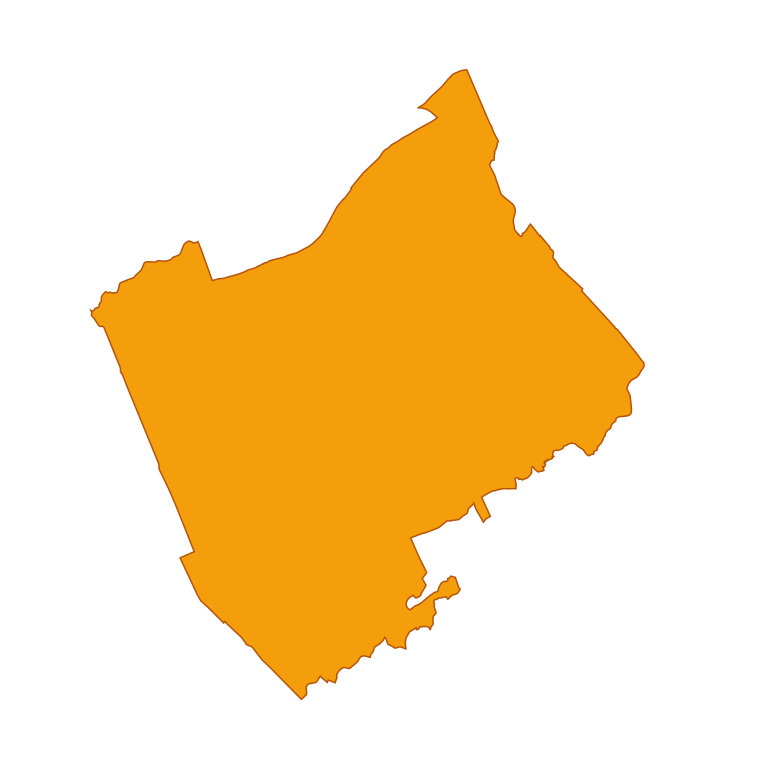 Optasi-Magura, Olt, Romania, rotated 70°
{"feature_id": "2599482B31231477930356", "entity_name": "Optasi-Magura", "entity_type": "district", "adm_level": 2, "iso_a3": "ROU", "parent_name": "Romania", "parent_adm1": "Olt", "projection": "natural_earth1", "projection_center": [24.65, 44.581], "detail": "fine", "context": "isolated", "style": "filled", "palette": "amber", "viewbox_px": 768, "rotation_deg": 70, "n_neighbors": 0, "source": "geoboundaries", "source_scale": "gbopen_adm2", "svg_char_len": 6170}
<svg xmlns="http://www.w3.org/2000/svg" viewBox="0 0 768 768"><g transform="rotate(70 384 384)"><path d="M636.1,490.4L634.1,489.3L631.8,485.9L628.1,482.8L627.3,480.1L626.8,477.3L626.1,475.4L624.4,472.1L622.3,470.0L623.7,469.3L629.8,469.4L633.6,465.8L635.6,464.4L636.2,463.2L636.2,460.4L636.6,458.5L640.4,454.0L634.2,452.5L630.2,450.1L625.7,444.9L624.0,437.2L624.5,437.0L625.8,437.6L626.1,437.2L626.1,435.3L625.1,434.3L624.7,432.2L626.7,426.2L628.2,425.0L630.5,424.7L630.1,423.9L628.8,423.4L626.7,420.3L625.9,419.8L620.3,418.0L619.0,416.8L617.1,413.6L616.3,413.2L610.2,413.0L607.8,411.8L605.2,411.6L604.5,411.0L604.1,409.3L604.5,408.1L603.8,406.0L604.8,402.0L604.9,398.7L608.1,397.6L606.4,394.0L605.7,391.3L606.0,389.2L605.9,386.8L603.7,383.3L602.5,382.6L601.2,383.4L590.0,383.1L589.2,384.6L587.7,386.2L587.5,387.1L588.7,389.2L588.6,390.7L590.0,390.8L590.7,392.1L590.9,393.4L590.1,394.7L590.0,395.6L590.3,397.2L591.2,399.0L594.3,402.3L596.6,403.9L597.3,405.3L597.1,408.3L597.8,410.1L598.5,413.3L602.5,424.1L602.7,425.7L603.1,426.8L603.2,431.1L604.5,434.4L604.4,434.9L605.0,436.0L604.8,436.0L604.6,437.1L604.3,437.6L603.3,438.2L601.1,438.8L599.2,438.8L597.0,437.7L595.0,435.9L594.4,435.0L593.1,432.5L593.0,430.8L592.5,429.1L593.0,428.7L595.3,427.9L595.9,427.3L596.1,425.9L595.7,422.8L595.1,421.7L593.4,420.5L588.8,414.7L587.3,413.3L580.6,414.5L579.7,414.4L576.6,409.4L575.5,408.4L557.3,410.4L537.7,411.6L537.5,400.9L538.0,395.3L537.8,383.8L537.6,381.5L537.1,379.9L534.3,371.8L534.3,371.1L535.5,367.8L535.8,364.7L536.4,363.4L536.4,362.0L537.0,360.9L536.5,358.7L535.0,355.2L534.5,351.8L533.9,350.4L533.3,349.6L529.8,346.8L527.7,342.0L526.6,340.2L531.3,340.5L535.7,340.0L545.5,338.2L546.5,338.3L547.8,337.8L545.5,334.1L544.8,329.3L523.9,331.0L522.9,327.4L521.7,319.9L522.3,314.7L522.4,312.1L523.4,306.8L525.3,302.4L526.4,298.5L527.5,295.9L525.2,295.2L525.3,294.9L525.0,294.5L518.2,293.3L517.6,292.8L517.5,291.7L518.0,290.2L518.3,289.9L519.7,290.0L519.9,288.2L521.6,286.6L521.3,284.6L521.3,281.4L520.5,279.6L518.5,276.2L517.4,275.4L513.6,274.1L512.8,273.3L512.6,272.7L513.1,272.2L515.5,271.6L519.1,269.5L519.4,269.0L520.0,263.7L519.6,263.1L515.8,263.1L516.6,262.1L516.7,261.4L514.6,259.6L513.9,259.8L513.3,260.5L511.6,259.7L511.5,259.2L512.6,258.6L512.5,258.0L510.9,256.8L511.9,256.5L512.0,256.1L511.9,255.2L511.3,254.4L511.6,253.6L511.5,251.3L510.1,251.0L510.1,250.4L510.5,249.6L510.3,249.2L508.3,249.7L507.7,249.5L505.2,247.8L504.9,245.5L505.8,243.3L506.0,240.9L505.7,238.2L505.3,237.5L504.0,236.3L504.0,233.3L503.4,231.0L503.9,227.0L505.0,225.5L507.1,224.0L509.3,222.8L513.7,219.4L518.9,217.9L520.9,216.9L521.5,215.6L521.1,212.5L521.1,212.0L521.6,211.4L521.5,210.8L519.2,209.7L519.0,209.4L519.1,206.7L516.9,204.9L516.0,204.7L515.5,203.2L514.7,202.2L514.1,200.5L512.1,198.2L509.9,196.4L508.0,193.7L506.5,193.1L505.1,191.6L504.0,189.6L503.2,186.4L500.8,184.6L499.9,183.6L499.2,182.6L498.0,178.9L496.0,177.8L495.4,176.9L495.2,173.6L495.8,172.2L497.2,166.1L497.1,163.8L496.2,162.1L494.6,160.9L490.1,159.4L479.9,156.9L478.3,156.7L472.2,157.5L470.4,156.8L467.2,153.8L465.7,151.6L464.6,148.1L464.0,144.0L462.2,140.8L459.7,138.2L458.2,135.8L456.0,133.3L453.4,132.9L452.9,132.5L450.1,133.8L443.5,135.6L412.7,146.0L410.4,147.7L409.7,147.9L409.1,147.6L408.9,147.9L364.3,166.3L362.5,164.8L333.8,179.6L326.5,180.7L323.8,182.0L322.7,182.0L318.5,179.7L316.7,179.7L313.9,181.3L311.6,181.5L298.0,186.4L298.4,187.0L283.9,191.7L284.7,193.2L288.9,198.7L289.5,200.3L289.9,202.6L291.5,202.7L292.4,204.6L291.9,204.8L291.4,205.5L289.5,206.2L289.6,206.8L287.1,207.3L284.2,208.5L275.9,207.1L273.2,205.9L267.9,202.2L265.6,201.2L263.2,200.9L260.4,201.1L259.0,201.5L249.7,207.1L245.7,209.1L225.1,208.6L215.7,209.9L213.6,209.4L211.2,206.7L210.8,205.1L211.3,204.1L208.3,202.6L206.0,201.9L205.3,200.9L203.6,201.0L202.3,199.0L199.0,196.5L196.4,195.0L195.1,193.5L186.2,194.7L183.5,194.9L178.5,194.8L176.9,195.3L170.8,195.8L117.1,198.7L116.2,202.2L115.9,204.7L116.3,212.2L116.9,214.4L119.3,219.1L124.3,227.9L130.5,242.6L134.4,249.9L135.2,252.8L136.1,258.0L136.7,256.0L137.5,254.3L140.3,250.1L144.6,246.7L152.1,242.8L153.6,248.9L156.1,265.1L158.4,276.7L159.0,281.5L160.8,288.8L161.7,294.7L163.8,299.6L164.4,303.1L164.9,304.4L166.0,306.3L169.5,310.8L170.2,312.1L178.5,331.3L185.8,343.6L188.6,348.1L189.5,347.8L193.9,354.2L196.2,357.8L196.2,358.6L200.7,366.5L202.2,368.5L214.0,381.6L222.1,391.3L223.4,393.5L227.4,402.4L228.9,407.2L230.8,420.6L230.8,422.5L230.2,429.8L230.4,431.7L230.5,435.8L229.3,446.1L229.1,449.7L229.5,450.7L229.8,452.9L229.3,453.9L229.4,454.9L229.7,456.1L230.0,456.3L229.5,457.4L230.0,458.6L230.3,460.4L230.2,462.2L230.7,464.3L230.7,468.8L230.3,471.9L230.9,477.8L231.0,481.7L229.8,499.1L228.5,503.3L228.6,504.5L228.0,510.0L195.6,509.8L186.5,510.1L186.8,512.3L186.6,514.3L183.4,517.5L182.9,518.9L183.3,521.7L184.9,524.7L191.3,530.2L192.7,532.5L192.8,538.8L194.2,541.8L194.2,544.2L193.6,548.3L190.7,554.2L191.2,556.7L190.6,559.1L188.6,563.3L187.9,566.6L188.1,567.7L193.9,573.1L196.8,579.9L198.5,582.7L198.4,588.3L198.8,597.2L199.9,598.5L203.0,600.4L205.2,602.2L206.4,603.4L206.7,604.3L206.0,605.9L206.3,606.9L203.9,610.3L204.2,611.5L203.8,612.6L202.6,613.1L202.1,614.6L204.3,618.3L205.8,620.0L208.6,620.9L209.9,621.8L210.6,623.2L211.4,623.9L211.8,624.5L213.6,625.2L214.1,625.8L214.4,627.6L213.9,628.2L214.5,630.3L215.4,630.9L215.8,632.8L215.6,633.4L214.6,634.2L216.8,634.1L219.7,635.5L222.4,634.2L231.5,632.1L232.2,631.7L233.0,630.6L233.4,629.1L234.2,627.9L235.4,627.8L278.6,626.2L282.4,627.4L283.5,627.3L285.0,626.6L301.4,626.2L380.3,623.0L382.8,623.0L385.2,624.0L387.6,624.4L410.1,622.1L426.1,621.2L475.3,619.7L476.6,619.6L477.6,635.1L518.0,631.5L525.2,630.3L533.6,625.8L553.7,616.4L552.6,615.1L574.0,604.3L577.5,603.5L579.4,602.5L581.0,602.8L582.4,601.8L585.5,598.3L587.1,597.5L601.2,593.1L612.6,587.5L652.1,569.5L649.5,563.4L648.7,562.6L642.4,560.9L640.6,559.0L640.0,557.8L641.1,550.1L640.9,549.3L636.8,543.9L645.0,539.5L643.1,537.6L648.0,532.2L644.0,528.8L640.6,527.7L639.6,526.5L637.3,522.6L636.8,520.6L636.7,518.9L637.0,517.8L639.3,514.6L639.5,513.3L635.9,503.7L633.6,501.1L632.7,499.6L632.3,498.3L632.7,495.5L636.1,490.4Z" fill="#f59e0b" stroke="#b45309" stroke-width="1.5"/></g></svg>